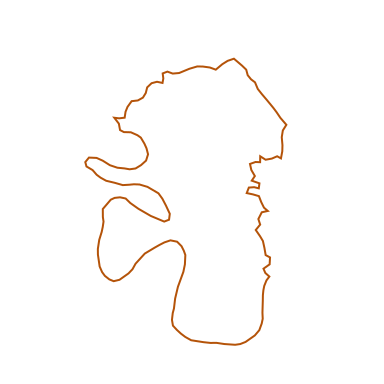 Cruzeiro do Iguaçu, Paraná, Brazil, rotated 200°
{"feature_id": "56859067B4540369409073", "entity_name": "Cruzeiro do Iguaçu", "entity_type": "district", "adm_level": 2, "iso_a3": "BRA", "parent_name": "Brazil", "parent_adm1": "Paraná", "projection": "mercator", "projection_center": [-53.122, -25.597], "detail": "fine", "context": "isolated", "style": "outline", "palette": "amber", "viewbox_px": 384, "rotation_deg": 200, "n_neighbors": 0, "source": "geoboundaries", "source_scale": "gbopen_adm2", "svg_char_len": 2231}
<svg xmlns="http://www.w3.org/2000/svg" viewBox="0 0 384 384"><g transform="rotate(200 192 192)"><path d="M126.3,287.4L134.3,291.9L139.8,295.9L144.4,298.9L153.2,304.1L159.7,307.8L165.4,311.3L170.3,316.6L175.1,318.1L179.6,320.8L182.9,325.5L188.3,327.9L198.2,331.6L203.4,327.4L207.2,322.5L211.5,315.1L217.8,315.1L224.7,313.6L230.0,311.8L236.6,306.9L244.8,299.4L250.6,296.7L256.3,296.7L260.1,293.4L257.8,288.9L257.0,284.4L262.6,283.6L267.2,280.4L269.9,275.0L269.3,269.2L270.4,263.9L274.2,259.5L279.8,256.7L281.7,250.0L281.9,244.7L280.7,238.8L285.7,236.3L290.4,235.2L284.1,231.2L280.8,225.6L276.5,225.0L269.9,227.2L262.7,226.7L258.7,225.6L253.3,221.2L249.7,217.5L246.2,212.4L245.9,205.8L249.1,199.8L253.1,194.8L258.4,192.0L263.4,191.1L270.4,189.3L278.3,189.1L286.6,190.9L293.3,191.4L300.6,189.1L302.5,183.6L299.9,179.9L292.9,178.6L287.5,175.6L282.8,174.2L276.5,173.2L267.9,174.2L259.4,174.8L253.4,177.4L249.2,179.4L243.9,181.1L235.6,181.6L223.1,179.3L217.6,175.6L211.9,170.4L205.4,163.9L204.1,158.1L208.0,154.7L222.5,155.4L236.6,157.9L246.1,160.5L252.1,163.2L257.8,162.4L262.7,160.0L265.7,157.0L270.0,145.5L267.2,138.0L265.0,133.9L263.9,128.5L263.2,123.5L262.8,115.3L261.0,106.3L259.0,101.0L253.3,90.4L249.1,86.0L245.2,83.4L239.8,81.6L235.1,81.4L230.1,84.7L223.8,93.8L221.5,99.1L220.5,105.4L215.3,118.0L208.0,127.0L204.4,131.2L200.7,135.2L195.7,139.2L189.0,140.2L183.3,137.5L179.6,134.0L176.7,130.5L173.9,121.5L172.8,114.0L172.8,98.1L171.4,86.1L169.1,76.3L168.7,71.7L167.1,65.0L164.2,59.9L159.0,57.2L153.9,55.1L148.7,53.5L142.1,52.4L129.9,54.8L123.0,56.5L117.5,58.6L109.6,60.2L99.2,63.2L94.7,65.6L90.4,69.4L83.9,78.7L81.5,85.2L81.5,92.2L82.2,97.1L84.5,102.6L88.2,113.8L90.1,119.3L91.3,124.0L92.0,128.5L91.8,134.4L90.4,139.0L95.4,141.0L98.6,144.4L94.3,150.6L96.3,157.2L101.2,157.9L104.8,164.2L108.6,170.2L112.9,173.7L119.1,178.1L116.8,184.7L120.4,189.3L119.5,196.8L114.3,200.1L119.0,201.9L123.5,206.2L127.7,211.0L133.9,210.6L140.2,209.7L140.1,215.6L135.2,217.8L130.5,218.3L131.6,223.2L139.7,223.1L138.4,228.5L143.8,233.0L147.1,238.2L142.6,241.9L138.2,243.3L140.1,248.9L133.9,247.5L128.4,250.7L124.2,254.7L119.9,254.0L121.1,261.2L123.0,266.9L126.4,274.2L127.7,280.9L126.3,287.4Z" fill="none" stroke="#b45309" stroke-width="2"/></g></svg>